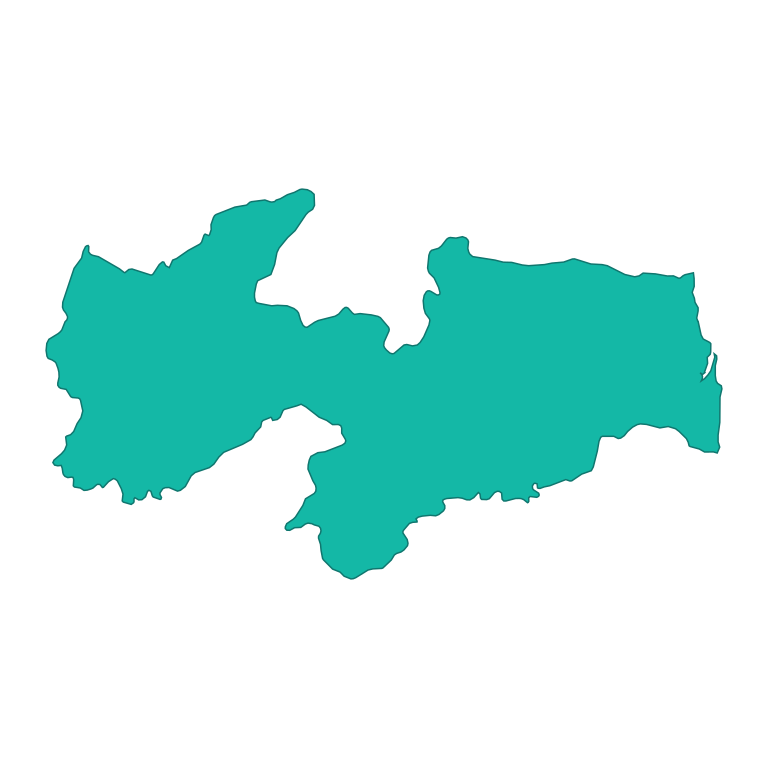 SVG path tracing the border of Paraíba
{"feature_id": "BRA-626", "entity_name": "Paraíba", "entity_type": "State", "adm_level": 1, "iso_a3": "BRA", "parent_name": "Brazil", "parent_adm1": "", "projection": "orthographic", "projection_center": [-36.992, -7.153], "detail": "fine", "context": "isolated", "style": "filled", "palette": "teal", "viewbox_px": 768, "rotation_deg": 0, "n_neighbors": 0, "source": "natural_earth", "source_scale": "10m", "svg_char_len": 6045}
<svg xmlns="http://www.w3.org/2000/svg" viewBox="0 0 768 768"><path d="M693.4,272.8L694.1,278.5L694.2,286.4L692.2,292.4L694.4,298.3L695.0,302.3L698.1,307.7L698.1,310.9L696.7,318.1L698.0,321.8L698.0,320.8L701.1,335.0L703.2,339.0L709.8,342.5L710.8,343.7L710.7,352.0L710.2,354.3L707.2,357.3L707.6,363.3L704.4,372.5L704.8,372.7L702.5,374.5L700.1,372.7L701.7,374.4L702.5,376.4L702.3,378.6L701.3,380.9L704.5,378.7L708.0,374.9L710.8,370.8L714.8,357.1L714.2,353.8L716.6,355.8L716.8,359.1L715.3,365.6L715.3,375.7L716.1,380.9L717.6,383.4L721.3,385.8L721.9,388.9L720.0,397.0L719.8,422.4L718.1,435.1L718.1,441.9L719.7,447.1L717.2,453.0L713.4,451.9L704.6,452.0L699.3,449.0L690.1,446.5L689.1,445.8L688.2,442.2L686.4,438.6L679.2,431.5L675.5,428.7L668.2,426.5L659.9,427.9L646.5,424.4L640.3,423.9L637.2,424.6L632.5,427.2L627.6,431.5L624.3,435.6L620.7,438.1L618.2,438.5L613.8,436.3L602.3,436.3L600.7,437.3L599.0,441.3L597.3,451.1L593.3,466.9L591.3,470.7L581.7,474.1L571.8,480.8L570.0,481.0L565.8,479.6L549.9,485.7L544.2,486.9L540.1,488.4L538.2,488.3L537.5,487.8L537.1,483.8L534.8,483.2L533.9,483.6L532.4,485.9L532.6,488.6L533.6,489.9L538.7,493.2L539.2,495.0L538.6,496.3L536.8,497.3L530.0,496.5L528.7,497.8L528.8,501.3L528.2,502.4L527.5,502.7L523.7,499.6L521.2,498.6L519.1,498.4L515.4,498.5L505.9,501.0L503.8,501.0L502.1,499.2L501.6,493.0L499.3,491.4L497.2,491.3L494.5,492.6L489.3,498.7L486.7,499.6L481.5,499.4L480.5,498.0L480.0,494.0L478.4,492.5L473.8,497.6L469.9,499.9L466.6,499.8L462.2,498.2L458.0,497.6L446.8,498.5L444.4,499.2L442.9,500.1L442.7,501.9L444.8,505.6L444.8,508.5L443.5,510.8L438.9,514.5L435.7,515.8L430.3,515.3L422.3,516.1L418.3,517.1L416.0,518.9L417.1,521.1L417.0,522.0L412.7,522.3L409.4,523.4L403.8,529.9L402.9,531.4L403.0,533.1L407.2,539.5L408.0,543.3L407.5,545.7L404.0,549.9L401.0,552.0L396.7,553.4L394.4,554.9L391.3,560.0L383.0,567.9L381.8,568.4L372.8,568.9L368.1,570.0L355.7,577.7L353.2,578.7L350.9,578.9L344.1,576.2L340.1,572.1L332.6,569.1L323.5,559.9L322.6,558.5L321.1,550.6L320.5,544.3L318.5,538.1L318.6,536.1L320.4,533.2L321.0,530.8L320.5,528.2L318.9,526.2L314.3,524.9L311.9,523.7L308.0,523.1L305.4,524.0L300.8,527.4L294.6,527.7L289.8,530.3L286.8,530.2L285.3,528.6L285.3,526.9L286.7,523.7L293.4,519.1L295.5,517.0L302.9,505.4L305.5,498.8L314.2,493.5L315.8,491.2L316.1,488.1L315.5,485.3L312.9,480.8L308.0,469.1L308.2,465.0L309.3,460.0L310.9,456.4L317.8,452.7L324.9,451.8L342.2,445.1L344.9,443.2L345.8,440.9L345.3,439.2L341.7,433.2L341.7,428.0L340.7,425.6L338.3,424.5L332.6,424.6L326.7,420.4L319.1,417.2L306.1,407.0L301.1,404.2L296.9,405.8L284.3,409.4L283.0,410.6L280.1,417.2L277.3,419.5L272.7,420.4L271.4,417.6L270.8,417.3L263.1,420.4L261.7,421.9L260.7,426.9L255.0,433.0L253.0,436.9L250.9,439.6L242.6,444.3L223.7,452.3L218.8,457.1L213.9,464.1L209.4,467.6L195.1,472.5L191.2,475.8L185.3,486.5L180.4,490.3L177.5,491.1L169.0,487.5L165.1,487.7L162.8,488.7L160.0,492.9L160.0,494.6L161.5,497.5L160.9,499.2L160.0,499.4L153.2,497.0L152.3,495.8L150.9,491.3L148.9,490.3L147.5,491.4L145.5,496.8L141.9,499.7L138.7,499.9L134.9,497.7L134.0,498.8L134.0,501.8L133.5,502.8L131.2,504.4L123.3,502.1L122.2,500.9L123.0,494.1L121.3,488.7L117.3,480.8L115.3,479.2L113.3,478.6L108.5,481.7L103.4,487.3L102.4,487.5L100.0,484.5L97.8,484.3L96.7,484.7L92.9,488.1L90.8,489.0L87.2,490.1L84.0,490.4L80.3,488.0L74.4,487.0L73.3,485.8L73.7,479.6L73.0,477.4L71.4,477.1L67.8,477.6L65.0,476.4L63.5,474.6L62.9,472.9L62.2,468.1L61.2,465.4L57.8,465.8L54.6,465.1L52.9,462.6L54.0,460.1L61.5,453.7L64.6,450.1L66.7,445.0L65.7,437.0L66.6,436.1L70.6,434.7L73.7,431.5L77.1,423.6L81.0,417.7L82.8,410.9L80.5,400.3L79.6,398.7L78.1,398.0L72.3,397.5L70.7,396.6L66.2,389.4L60.7,388.3L59.1,387.3L57.8,385.3L57.8,383.0L59.1,377.0L58.9,372.2L58.0,368.4L56.1,363.2L55.1,361.9L52.2,360.0L48.2,358.4L47.0,356.3L46.1,350.5L46.8,343.4L48.9,339.3L58.2,333.6L60.3,331.8L61.8,330.0L65.1,321.7L66.8,320.0L67.5,318.1L67.5,316.5L66.0,313.3L63.5,310.0L62.5,307.2L62.8,302.2L74.1,268.3L81.6,258.1L83.2,251.4L85.5,246.7L86.6,245.9L88.1,245.5L88.8,246.5L88.6,251.8L90.4,254.2L92.6,255.3L98.5,256.7L119.4,268.8L124.0,272.4L124.9,272.7L128.8,269.5L132.0,269.0L151.0,275.1L152.5,274.6L153.5,273.4L159.3,264.5L162.4,261.9L163.8,262.1L165.8,265.8L169.3,267.6L172.7,260.1L176.5,258.6L188.3,250.4L199.9,244.1L201.6,242.2L204.0,235.2L205.1,234.1L208.8,235.6L209.6,234.6L211.2,229.7L211.0,224.7L213.4,217.7L214.6,215.6L216.1,214.5L234.9,207.1L246.6,205.1L249.8,202.3L251.5,201.7L264.9,200.0L270.0,201.8L271.8,202.1L274.6,201.6L276.2,200.1L280.2,198.8L287.4,194.7L294.3,192.4L299.9,189.5L302.0,189.1L307.3,189.7L311.0,191.5L314.1,194.3L314.5,205.4L312.6,209.3L308.3,212.1L306.0,214.5L295.1,230.6L287.6,237.6L279.1,248.0L276.9,252.6L274.6,264.5L270.9,274.5L257.7,280.7L256.3,284.0L254.5,293.1L254.5,297.2L255.3,300.9L256.3,302.6L259.0,303.4L271.7,305.8L277.4,305.3L287.1,305.8L293.9,308.5L297.0,310.9L298.5,313.0L300.7,320.5L303.0,325.3L305.0,327.0L307.1,327.3L314.7,322.2L318.3,320.5L335.2,316.2L338.8,314.0L342.9,309.2L345.1,307.5L346.6,307.4L348.2,308.2L352.4,313.0L354.4,314.4L360.1,313.6L371.4,314.9L378.0,316.4L380.4,317.7L388.6,327.4L389.2,329.2L389.0,331.0L384.1,342.0L383.7,345.7L384.6,347.8L386.4,350.0L389.8,353.0L392.2,353.8L394.0,353.5L404.0,345.0L406.8,344.5L412.5,345.9L417.3,345.0L420.1,342.5L423.8,336.8L429.0,324.9L429.9,320.3L429.4,318.8L425.4,313.4L423.9,308.2L423.2,300.7L424.2,295.3L426.4,291.7L427.7,290.9L429.4,290.8L430.9,291.4L436.7,294.9L438.4,295.0L439.8,294.1L440.0,292.6L438.6,287.4L434.1,277.9L429.4,273.2L428.4,271.2L427.6,268.0L428.9,255.2L430.1,251.9L431.6,250.3L438.5,248.3L441.4,246.0L446.7,239.2L448.4,238.0L450.2,237.5L456.0,238.1L462.5,236.7L466.0,238.0L467.8,239.9L468.5,241.8L467.8,248.4L468.7,252.0L469.8,254.1L472.7,256.6L495.0,260.1L503.4,262.2L511.7,262.4L522.3,265.0L528.7,265.7L544.4,264.6L552.0,263.1L563.6,262.1L572.4,259.0L574.6,258.9L590.9,264.0L602.1,264.6L607.3,265.7L624.8,274.5L634.7,276.8L639.1,275.9L643.1,273.1L655.5,273.9L667.3,276.0L673.5,275.9L678.9,278.3L680.5,277.9L683.1,275.7L685.1,274.7L693.4,272.8Z" fill="#14b8a6" stroke="#0f766e" stroke-width="1.5"/></svg>